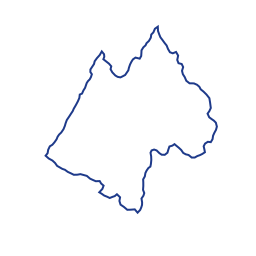 the district of Cambuquira, Minas Gerais, Brazil, rotated 154°
{"feature_id": "56859067B90091255319070", "entity_name": "Cambuquira", "entity_type": "district", "adm_level": 2, "iso_a3": "BRA", "parent_name": "Brazil", "parent_adm1": "Minas Gerais", "projection": "natural_earth1", "projection_center": [-45.262, -21.856], "detail": "fine", "context": "isolated", "style": "outline", "palette": "blue", "viewbox_px": 256, "rotation_deg": 154, "n_neighbors": 0, "source": "geoboundaries", "source_scale": "gbopen_adm2", "svg_char_len": 2398}
<svg xmlns="http://www.w3.org/2000/svg" viewBox="0 0 256 256"><g transform="rotate(154 128 128)"><path d="M214.2,139.2L212.6,135.3L210.2,131.9L208.9,128.6L208.3,125.0L206.6,122.5L205.0,120.1L203.0,118.1L201.4,115.0L199.2,112.3L197.2,109.7L193.9,108.2L191.0,107.4L188.6,105.3L186.0,103.0L184.3,99.1L182.6,97.0L180.3,94.3L176.7,92.7L176.5,89.9L175.2,86.9L177.7,84.5L182.0,82.8L180.4,80.3L179.0,77.7L177.0,75.5L175.1,73.1L172.2,72.9L169.8,72.6L167.0,73.3L165.5,69.2L167.7,66.2L168.3,62.4L166.3,58.9L164.5,54.8L161.4,53.4L157.6,51.9L156.5,47.7L153.0,49.0L150.9,50.8L149.1,52.7L147.9,55.0L146.8,58.7L143.8,60.4L141.9,62.4L141.6,65.8L139.7,69.1L138.1,72.4L136.9,75.2L134.1,77.1L132.1,79.9L129.9,81.6L127.2,83.1L124.8,83.5L123.2,85.6L121.1,89.0L119.6,92.4L118.6,95.9L116.6,97.5L114.0,97.2L112.1,95.3L110.8,91.6L109.4,89.2L106.7,87.8L103.4,88.5L101.3,90.8L98.9,93.2L95.8,92.7L93.3,93.1L92.2,90.6L91.0,88.0L89.8,84.9L89.3,81.4L87.6,79.0L85.4,77.2L83.7,73.5L80.9,72.2L78.0,72.4L75.3,72.1L72.7,72.1L69.5,72.5L68.8,75.0L68.0,78.4L65.6,80.2L62.3,80.6L59.8,79.0L56.9,80.9L54.9,83.8L52.5,85.8L49.7,87.8L47.5,90.3L46.7,94.3L47.6,97.0L48.9,99.3L50.3,102.0L50.2,106.0L47.5,107.5L44.8,109.7L43.1,114.8L41.8,119.1L42.8,123.7L44.2,127.7L45.7,130.9L45.8,133.8L47.0,136.6L49.2,139.2L53.1,141.2L54.9,144.9L54.7,148.9L55.1,152.3L54.4,155.7L51.7,158.6L51.7,162.0L54.2,164.1L53.9,167.6L51.2,171.1L51.5,175.3L55.0,175.5L57.1,177.7L57.4,181.5L57.1,185.2L57.8,188.3L58.5,192.3L59.1,195.3L58.9,198.4L58.5,202.1L56.8,206.0L60.3,205.4L63.3,202.8L66.1,201.8L67.9,199.2L71.0,197.1L74.2,196.1L76.0,194.6L78.8,193.8L81.8,191.9L83.1,189.5L84.6,186.9L87.1,185.2L90.4,188.0L93.5,187.5L95.8,186.1L98.3,184.2L100.8,181.7L102.4,179.7L104.5,178.5L107.3,176.9L110.1,176.8L112.6,176.8L114.9,178.5L116.4,180.8L117.7,184.9L117.9,188.5L116.0,190.8L116.9,194.2L118.6,197.7L120.0,200.6L118.1,202.4L117.2,204.8L118.0,208.3L121.4,206.0L125.3,204.4L128.7,202.6L130.5,200.4L133.4,198.7L136.1,197.1L137.3,194.8L136.9,192.2L139.0,190.0L141.1,188.5L143.4,187.7L145.4,186.5L147.1,184.8L149.0,182.9L151.6,181.3L154.2,179.1L156.7,179.2L158.5,176.4L161.3,174.0L163.9,172.1L166.2,170.5L168.2,169.2L170.3,167.4L173.2,165.7L176.0,164.0L179.5,162.0L182.0,159.6L183.8,157.6L186.5,155.2L190.0,153.2L192.8,152.3L195.1,151.0L197.1,149.2L200.3,147.4L203.3,146.1L206.3,145.8L209.3,143.4L211.3,140.6L214.2,139.2Z" fill="none" stroke="#1e3a8a" stroke-width="2"/></g></svg>